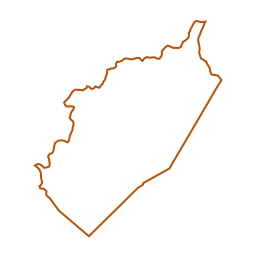 Pindaí, Bahia, Brazil, rotated 182°
{"feature_id": "56859067B7976489676408", "entity_name": "Pindaí", "entity_type": "district", "adm_level": 2, "iso_a3": "BRA", "parent_name": "Brazil", "parent_adm1": "Bahia", "projection": "albers", "projection_center": [-42.662, -14.477], "detail": "fine", "context": "isolated", "style": "outline", "palette": "amber", "viewbox_px": 256, "rotation_deg": 182, "n_neighbors": 0, "source": "geoboundaries", "source_scale": "gbopen_adm2", "svg_char_len": 2273}
<svg xmlns="http://www.w3.org/2000/svg" viewBox="0 0 256 256"><g transform="rotate(182 128 128)"><path d="M163.3,18.5L138.4,44.8L132.3,51.2L120.9,63.4L115.9,68.6L111.2,71.8L110.8,73.5L85.3,88.9L73.4,110.8L48.0,157.9L42.2,168.8L36.3,179.0L37.6,180.9L39.0,182.2L40.1,183.6L42.7,183.9L45.3,184.2L46.9,184.9L47.6,187.2L48.3,190.4L49.7,192.8L51.2,194.7L52.1,197.0L54.3,198.1L55.7,199.1L57.5,200.1L58.6,203.0L59.5,205.9L59.1,209.4L59.7,213.1L60.3,215.5L60.9,217.8L60.9,220.0L60.2,222.0L59.3,224.0L58.8,225.9L57.8,228.5L56.5,231.4L54.5,237.1L56.5,236.5L58.2,236.4L60.3,236.7L63.3,237.5L65.4,235.8L66.6,233.9L67.7,231.4L68.9,229.0L69.5,226.6L70.6,225.3L70.3,223.1L70.7,220.4L72.0,219.1L73.9,217.3L76.0,216.0L77.2,213.0L78.0,210.7L80.5,209.7L82.8,209.8L85.6,209.6L88.5,210.8L91.1,211.8L93.2,210.3L95.1,208.1L96.8,205.9L96.7,202.7L97.5,200.3L99.2,198.3L101.5,198.4L104.2,199.6L106.8,199.3L109.3,199.0L111.4,199.6L114.0,198.2L115.9,195.5L117.5,196.8L119.1,198.3L121.7,198.3L124.2,197.4L126.8,196.7L129.2,197.1L131.2,197.3L133.3,197.4L134.9,196.3L136.4,195.0L139.1,193.9L141.3,193.8L142.3,191.4L141.9,189.5L142.9,188.0L144.8,187.0L146.9,186.9L148.6,186.0L150.7,185.6L151.0,182.9L151.0,180.9L151.9,179.2L152.2,177.4L152.7,175.5L154.1,173.6L154.7,171.5L156.4,169.8L158.0,167.2L160.2,167.8L162.0,168.4L163.3,166.7L164.9,165.7L166.7,166.3L168.0,167.8L170.4,168.2L170.9,166.5L172.9,165.2L174.5,164.0L177.6,164.5L179.8,164.4L182.3,164.5L184.5,162.6L185.8,160.5L187.3,158.0L188.1,156.3L189.6,154.8L191.1,153.1L192.8,151.3L191.8,149.0L190.2,147.4L188.3,147.4L186.1,147.7L184.2,147.7L182.6,146.9L183.3,144.6L185.1,142.2L185.9,139.8L186.1,137.9L186.6,136.0L185.2,134.3L182.9,132.3L182.6,129.2L183.2,127.0L183.6,123.6L185.4,119.5L186.0,116.7L186.6,113.7L187.5,111.7L189.2,111.8L191.0,113.0L193.9,113.4L197.3,112.9L200.3,110.6L200.8,108.8L201.3,105.7L201.9,102.0L202.9,100.2L204.9,99.6L206.1,98.4L206.9,96.6L205.9,94.3L205.2,90.8L205.0,88.5L205.5,86.8L207.7,85.8L210.4,85.3L212.4,87.2L214.8,88.7L217.3,88.7L219.7,87.2L218.1,86.0L216.4,84.8L215.1,83.2L214.2,81.6L213.5,79.9L213.4,77.9L213.2,75.7L212.6,73.1L211.9,70.3L213.0,67.9L214.5,66.8L213.4,64.5L210.8,64.5L208.3,63.0L207.2,61.7L207.5,59.4L206.7,57.3L204.0,55.5L194.2,43.0L163.3,18.5Z" fill="none" stroke="#b45309" stroke-width="2"/></g></svg>